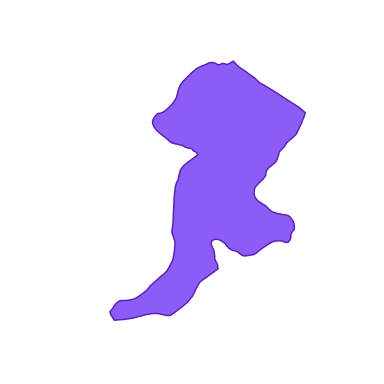 the district of Offouè-Onoyè, Ogooué-Lolo, Gabon, rotated 54°
{"feature_id": "22940354B26580795617541", "entity_name": "Offouè-Onoyè", "entity_type": "district", "adm_level": 2, "iso_a3": "GAB", "parent_name": "Gabon", "parent_adm1": "Ogooué-Lolo", "projection": "albers", "projection_center": [11.91, -1.081], "detail": "fine", "context": "isolated", "style": "filled", "palette": "violet", "viewbox_px": 384, "rotation_deg": 54, "n_neighbors": 0, "source": "geoboundaries", "source_scale": "gbopen_adm2", "svg_char_len": 2728}
<svg xmlns="http://www.w3.org/2000/svg" viewBox="0 0 384 384"><g transform="rotate(54 192 192)"><path d="M110.4,81.7L110.3,82.6L110.1,86.0L109.5,88.7L107.6,90.1L105.6,92.1L105.5,94.4L104.2,96.3L101.8,97.3L99.3,99.2L97.5,102.2L97.1,105.5L95.9,109.5L94.9,114.8L95.3,122.1L97.2,134.2L98.4,138.2L101.0,142.6L103.9,146.0L106.6,149.4L108.3,153.3L109.7,158.7L110.4,164.3L110.5,168.2L109.7,171.1L108.6,173.1L108.5,174.8L109.2,177.7L110.6,181.2L112.1,182.8L114.3,183.9L117.8,184.4L121.3,184.4L125.0,183.6L129.0,182.5L133.1,181.3L137.4,180.4L140.0,179.7L142.7,177.6L148.5,172.6L151.8,171.1L154.0,169.4L156.8,166.7L159.6,166.7L161.3,165.7L162.8,165.1L165.1,165.3L165.4,167.3L165.5,170.6L165.5,174.7L165.5,179.9L166.1,184.7L167.5,188.6L170.1,191.9L173.8,195.8L175.2,198.8L177.3,201.7L185.0,208.9L197.5,218.9L205.9,225.6L212.5,231.8L215.4,232.9L218.5,233.7L221.6,234.7L224.1,236.3L226.5,238.5L229.6,241.1L232.5,244.0L235.9,247.9L238.5,252.8L241.0,258.5L241.8,262.9L241.9,266.7L242.4,271.1L243.1,277.7L243.4,281.1L244.4,284.1L245.0,287.8L245.1,291.7L245.0,298.1L244.5,301.9L243.2,304.8L242.2,307.0L240.7,309.4L239.6,311.2L237.7,313.8L237.3,316.4L237.5,318.7L238.3,321.7L239.3,323.9L240.1,326.6L240.6,328.8L240.9,328.9L243.5,329.8L246.9,330.0L250.0,330.3L255.7,320.9L258.9,314.7L260.5,310.6L262.4,306.1L264.1,301.4L266.8,295.9L269.9,291.4L274.6,287.2L277.8,284.3L279.1,282.0L279.3,277.9L279.1,271.2L278.9,265.4L278.6,260.3L277.3,256.2L276.6,253.0L274.9,249.6L272.5,245.3L270.9,242.0L269.6,238.7L269.4,236.4L269.5,216.1L268.0,215.2L265.3,213.9L262.9,213.6L259.6,213.0L257.4,211.4L254.9,210.0L252.4,208.8L248.2,207.9L245.1,207.1L243.6,205.5L243.2,202.8L244.3,200.2L246.9,197.9L249.6,196.7L253.1,195.6L259.0,195.3L262.5,193.8L264.8,191.8L267.4,190.2L270.3,189.5L272.7,188.6L274.6,187.2L276.8,183.2L278.9,178.8L279.2,175.9L278.8,169.9L279.0,161.6L279.6,156.2L280.8,153.2L282.5,150.4L284.8,147.6L287.1,146.6L289.1,144.0L288.5,141.2L287.6,139.5L285.9,138.2L284.2,136.6L282.8,133.5L282.6,131.7L280.8,129.9L278.5,128.5L275.0,127.3L272.0,127.2L269.1,127.4L267.1,128.4L265.2,129.9L263.3,132.1L259.9,135.3L254.7,139.1L249.5,140.1L246.4,140.5L244.2,141.6L241.4,142.6L239.0,143.6L235.7,144.2L232.4,143.9L230.1,142.9L227.4,140.8L225.4,138.4L224.5,135.0L223.7,130.0L223.5,127.1L221.9,122.7L219.3,120.3L218.0,118.1L217.5,115.3L217.2,111.1L217.1,107.4L216.1,104.9L214.7,102.7L213.2,100.4L211.4,98.7L210.5,96.5L210.2,93.3L209.2,90.0L208.0,86.8L207.4,83.2L207.2,79.0L206.4,73.4L203.6,68.4L201.3,64.0L198.9,60.3L196.6,56.5L194.4,53.7L194.1,53.8L186.0,55.8L179.3,58.5L170.5,61.9L164.4,64.1L154.7,68.1L148.7,70.6L143.0,73.2L136.5,74.3L130.7,76.4L126.6,77.6L122.5,79.0L119.1,80.4L115.2,81.1L110.4,81.7Z" fill="#8b5cf6" stroke="#5b21b6" stroke-width="1.5"/></g></svg>